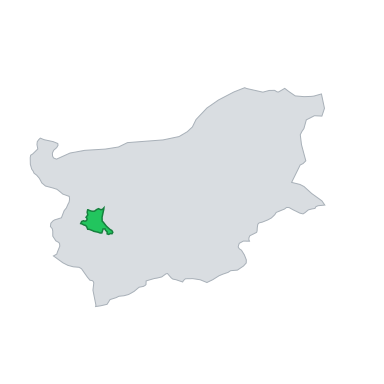 Bulgaria, with Grad Sofiya highlighted, rotated 345°
{"feature_id": "BGR-2243", "entity_name": "Grad Sofiya", "entity_type": "Province", "adm_level": 1, "iso_a3": "BGR", "parent_name": "Bulgaria", "parent_adm1": "", "projection": "natural_earth1", "projection_center": [23.369, 42.657], "detail": "fine", "context": "in_parent", "style": "filled", "palette": "green", "viewbox_px": 384, "rotation_deg": 345, "n_neighbors": 0, "source": "natural_earth", "source_scale": "10m", "svg_char_len": 2914}
<svg xmlns="http://www.w3.org/2000/svg" viewBox="0 0 384 384"><g transform="rotate(345 192 192)"><path d="M316.9,239.0L310.3,237.9L308.0,238.2L306.5,239.7L303.5,239.4L299.7,239.4L295.8,241.2L293.6,241.9L290.7,240.3L285.2,235.5L281.8,232.2L279.4,231.4L276.9,232.4L268.1,233.5L266.0,235.4L262.0,237.6L257.9,238.6L252.0,239.3L248.9,239.2L247.2,240.2L245.8,243.4L244.8,246.4L244.0,247.7L236.6,249.2L235.1,251.0L234.6,252.7L234.8,254.4L228.9,252.7L224.4,253.8L223.4,255.2L222.4,257.0L223.0,259.1L224.7,261.0L226.3,266.3L226.9,271.6L226.0,274.6L222.6,276.8L215.7,279.2L208.9,278.0L206.0,279.0L201.0,279.3L196.4,279.9L189.3,282.1L183.0,283.3L177.2,278.9L170.4,275.9L163.2,274.1L160.7,275.4L159.7,276.5L153.7,272.5L151.0,271.2L149.7,269.6L147.2,264.4L145.7,264.3L140.8,266.2L136.0,266.1L133.2,265.8L124.7,266.0L123.6,269.5L122.5,270.1L120.7,270.6L116.2,270.3L110.4,273.0L104.2,274.6L99.4,274.6L94.4,273.8L91.4,274.4L85.0,274.7L80.9,278.5L74.5,278.3L69.2,277.7L69.9,276.5L70.9,261.2L73.6,254.4L73.5,253.0L72.9,251.9L70.6,250.8L68.9,247.1L65.4,237.5L63.4,235.5L57.9,233.5L53.1,230.7L49.0,227.0L41.6,217.9L45.3,217.0L46.5,215.1L50.3,210.1L50.7,207.7L50.3,206.3L47.8,203.9L46.1,198.6L47.4,193.7L47.5,191.2L46.3,188.7L47.6,185.6L50.3,183.9L52.0,183.4L59.2,183.1L63.7,176.9L66.5,174.9L69.3,171.4L70.6,170.1L71.9,167.3L72.3,164.5L66.7,160.6L64.7,157.7L62.2,154.4L58.8,152.2L52.0,148.3L49.3,144.4L48.1,139.3L46.3,135.5L44.3,133.0L44.0,130.9L43.1,128.4L43.0,123.5L44.6,117.0L45.7,114.7L48.0,114.0L54.2,110.5L54.5,106.1L55.6,103.3L57.6,101.7L59.4,100.7L62.7,103.2L70.9,107.4L74.9,110.4L74.7,112.2L72.8,114.1L69.2,115.9L67.2,118.3L66.6,121.3L67.1,123.3L69.6,125.2L84.3,122.8L99.2,124.0L119.3,128.1L132.6,129.5L142.4,127.6L160.6,131.0L177.5,134.2L193.8,135.1L202.9,132.6L209.2,129.3L214.7,123.0L228.2,114.7L241.3,110.0L258.4,106.2L269.9,104.9L271.6,106.2L286.3,113.9L292.8,113.9L298.1,115.2L300.1,117.3L301.4,117.8L308.4,115.9L311.6,120.1L316.6,125.9L324.9,128.9L332.3,130.6L334.6,130.9L342.4,130.8L341.6,145.5L337.1,152.3L330.0,150.0L321.1,151.9L316.5,159.7L313.8,162.0L311.4,164.7L310.0,174.7L310.0,191.3L306.6,193.3L303.5,193.9L290.7,208.5L298.2,212.6L301.6,215.7L307.2,224.4L315.2,234.2L316.9,239.0Z" fill="#d9dde1" stroke="#a8b0b8" stroke-width="1"/><path d="M86.6,182.2L87.4,182.5L88.0,183.2L90.4,184.7L92.8,185.3L95.2,184.3L97.4,183.9L99.3,185.5L101.1,185.6L102.8,184.5L102.2,186.1L101.3,187.8L98.6,193.1L97.7,196.9L98.5,198.2L100.5,202.9L103.1,207.0L104.6,208.4L105.1,210.4L103.9,211.6L102.5,211.0L100.5,211.4L99.2,210.5L99.7,208.5L98.7,206.8L98.4,205.8L98.4,205.0L96.4,204.7L95.5,206.4L94.3,208.2L92.6,207.8L90.8,206.5L86.9,204.5L86.0,203.6L83.1,201.5L81.6,201.0L81.4,198.9L81.0,197.7L80.5,196.7L79.5,196.2L78.7,195.6L77.6,194.5L76.3,193.7L77.8,191.9L79.8,191.7L80.8,192.4L82.0,192.5L82.8,192.1L83.6,191.3L83.7,190.1L83.1,189.0L85.4,187.2L85.5,184.4L86.6,182.2Z" fill="#22c55e" stroke="#15803d" stroke-width="1.5"/></g></svg>